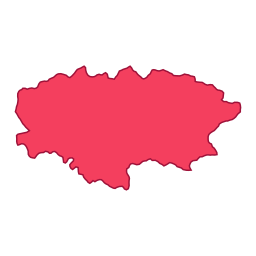 outline of Três Pontas, Minas Gerais, Brazil
{"feature_id": "56859067B88282475528455", "entity_name": "Três Pontas", "entity_type": "district", "adm_level": 2, "iso_a3": "BRA", "parent_name": "Brazil", "parent_adm1": "Minas Gerais", "projection": "albers", "projection_center": [-45.5, -21.406], "detail": "fine", "context": "isolated", "style": "filled", "palette": "rose", "viewbox_px": 256, "rotation_deg": 0, "n_neighbors": 0, "source": "geoboundaries", "source_scale": "gbopen_adm2", "svg_char_len": 3869}
<svg xmlns="http://www.w3.org/2000/svg" viewBox="0 0 256 256"><path d="M17.9,145.1L19.5,144.6L21.7,143.7L23.7,144.0L25.4,145.3L26.6,147.1L27.4,148.9L28.2,151.0L28.3,154.3L29.2,156.0L30.6,157.3L32.5,157.8L34.7,158.1L35.7,156.8L36.9,155.1L38.8,153.3L40.8,152.7L43.6,152.5L45.4,151.3L47.8,151.8L49.6,153.3L51.1,153.1L52.7,151.7L54.9,151.5L56.7,152.8L58.0,154.4L59.6,155.7L61.5,156.3L62.9,157.3L63.3,159.8L63.6,162.2L65.3,163.0L66.7,161.8L67.5,160.3L68.3,158.8L69.8,158.0L72.2,157.9L73.6,159.0L73.4,160.9L72.2,162.0L71.0,163.2L69.8,164.8L70.0,166.5L71.0,168.4L72.6,169.5L74.4,168.1L75.9,166.9L78.1,167.5L78.3,170.1L78.4,171.8L78.9,173.9L81.1,174.3L82.9,174.8L83.7,177.1L85.4,179.3L87.0,180.8L88.1,182.3L89.8,183.3L91.4,182.2L93.0,180.6L94.9,181.7L97.0,180.4L99.3,179.6L101.4,179.7L102.9,181.0L104.4,182.8L106.0,183.9L108.0,184.8L109.6,186.3L111.5,187.2L113.3,188.1L115.1,188.4L116.7,187.4L119.3,186.5L122.2,186.3L123.6,187.5L124.4,188.9L126.4,189.8L128.3,188.7L129.1,185.7L129.0,182.4L129.1,180.3L129.4,178.7L129.1,177.0L128.3,175.5L127.4,174.2L126.7,172.7L126.5,170.8L126.8,168.8L128.8,167.5L129.4,165.7L130.5,164.0L132.7,163.5L134.8,164.1L136.7,164.7L139.3,164.3L141.1,162.8L142.7,161.4L144.7,160.9L146.3,160.8L148.0,159.6L150.4,158.8L152.2,160.4L155.4,160.3L157.9,161.6L159.8,163.4L162.2,164.5L163.9,165.9L166.2,164.8L168.3,163.5L169.6,162.6L171.6,163.0L173.8,163.9L175.7,164.9L177.1,166.6L179.0,167.2L181.4,168.0L183.2,169.6L186.3,170.2L188.5,170.3L191.1,170.1L189.7,167.5L189.4,165.8L189.9,164.2L190.9,162.1L192.9,160.7L195.1,160.4L196.8,160.2L198.0,158.7L199.8,156.9L202.3,156.7L204.4,155.7L206.9,154.9L208.4,154.9L210.2,155.1L212.0,154.9L214.8,155.0L217.0,154.6L216.8,152.5L216.0,151.0L215.1,149.5L214.0,148.0L212.4,146.8L211.4,144.0L209.5,143.1L208.4,141.6L208.1,139.4L208.1,136.7L208.8,134.5L210.5,132.8L212.5,131.5L214.3,130.5L215.6,129.1L217.0,127.5L218.5,126.1L219.3,124.0L221.8,122.4L224.2,121.6L226.0,121.0L227.6,121.0L229.9,120.1L232.3,119.5L234.1,118.3L235.7,116.9L236.6,115.6L237.9,113.9L240.3,111.9L240.3,109.7L240.6,107.7L240.3,105.1L239.7,103.1L237.7,102.4L234.6,102.3L232.3,103.4L229.9,103.0L228.2,102.6L226.4,101.6L223.7,101.6L221.5,99.8L223.0,97.9L223.3,95.5L223.6,92.9L222.1,91.2L219.7,90.3L218.0,90.1L216.6,89.4L215.2,87.8L213.6,86.3L212.5,84.9L210.2,84.6L207.3,85.1L205.1,84.3L203.7,83.3L202.2,82.4L200.4,82.3L198.2,82.1L196.6,81.9L195.2,81.4L195.1,79.0L194.4,76.8L192.6,76.3L190.6,76.0L188.5,74.9L186.0,74.5L184.5,74.1L182.1,75.2L179.7,75.9L176.6,75.8L173.5,75.5L171.8,73.7L169.6,72.9L167.5,71.6L165.5,70.9L163.1,69.7L161.2,70.4L159.1,71.0L156.9,70.6L155.4,70.0L153.7,69.7L152.2,70.0L151.3,71.6L150.3,73.7L148.2,75.4L146.9,77.2L145.3,78.3L143.6,78.9L142.2,78.4L140.8,76.9L139.2,75.7L137.8,74.5L136.8,73.2L135.8,71.8L133.9,71.2L132.6,69.9L131.6,67.9L130.1,66.2L128.5,67.1L127.1,68.1L125.3,68.7L123.1,69.4L121.4,70.3L119.4,71.0L118.2,73.5L117.2,75.5L115.7,77.0L114.3,79.2L112.0,78.7L109.9,78.5L108.2,78.0L107.7,76.1L107.3,74.2L105.6,72.7L103.6,73.7L102.4,74.8L100.9,74.9L99.1,74.3L97.0,74.9L95.7,76.0L94.1,76.7L92.1,76.9L89.7,76.5L87.8,75.1L86.4,72.7L85.7,70.1L85.5,67.6L84.1,66.2L82.4,67.1L80.7,68.1L79.1,68.7L77.3,69.5L75.9,71.2L74.6,73.1L73.5,74.3L71.9,76.0L69.9,77.6L68.1,77.0L66.3,75.3L64.8,74.8L63.2,74.3L60.8,73.7L58.2,73.9L56.5,74.7L55.1,76.0L53.5,77.4L51.7,78.1L49.3,79.2L48.0,80.9L46.2,81.4L44.6,81.1L42.5,81.5L40.3,82.1L39.0,83.7L38.3,85.3L37.7,86.9L36.3,88.1L34.4,88.6L31.8,88.0L29.3,88.4L27.2,89.2L25.2,88.3L22.8,88.3L21.7,89.6L20.1,90.2L18.8,91.4L17.8,93.6L17.7,96.4L18.1,99.1L17.9,101.7L17.4,104.4L16.5,106.8L16.1,109.1L15.4,111.7L16.8,113.7L17.8,115.5L18.8,117.4L20.2,119.1L21.5,121.4L22.8,123.7L24.5,125.5L25.7,127.1L27.5,128.8L29.4,130.7L26.8,132.3L24.5,132.8L23.0,133.1L21.3,133.5L19.2,133.9L17.8,134.3L16.6,135.5L16.7,137.4L16.8,139.1L16.7,141.4L17.1,143.5L17.9,145.1Z" fill="#f43f5e" stroke="#9f1239" stroke-width="1.5"/></svg>